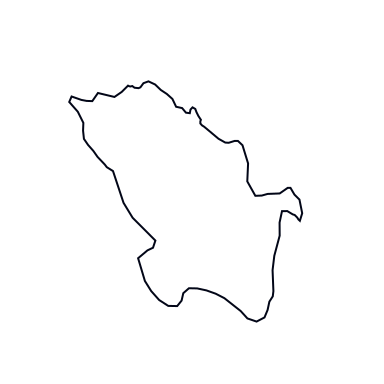 Enugu, Equal Earth projection, rotated 148°
{"feature_id": "NGA-2862", "entity_name": "Enugu", "entity_type": "State", "adm_level": 1, "iso_a3": "NGA", "parent_name": "Nigeria", "parent_adm1": "", "projection": "equal_earth", "projection_center": [7.353, 6.518], "detail": "fine", "context": "isolated", "style": "outline", "palette": "ink", "viewbox_px": 384, "rotation_deg": 148, "n_neighbors": 0, "source": "natural_earth", "source_scale": "10m", "svg_char_len": 1353}
<svg xmlns="http://www.w3.org/2000/svg" viewBox="0 0 384 384"><g transform="rotate(148 192 192)"><path d="M212.0,55.4L213.8,65.3L220.8,84.8L225.8,93.2L231.9,100.9L238.7,107.5L245.6,112.0L253.0,110.8L258.4,105.4L265.0,103.1L272.5,108.0L277.1,117.8L279.1,129.6L279.1,141.5L272.8,164.4L260.7,166.1L254.6,165.4L248.8,170.2L256.0,201.6L255.8,219.1L247.9,251.6L251.1,258.2L251.4,261.5L253.5,271.8L253.9,279.2L255.2,287.0L255.5,294.3L251.9,301.7L247.5,308.2L246.3,320.6L248.4,333.4L243.5,336.8L237.0,328.7L233.1,325.1L228.4,321.9L219.3,325.8L207.4,313.7L198.6,314.1L189.9,316.1L189.4,315.2L188.3,314.1L186.5,313.5L185.5,310.9L182.3,308.4L180.3,308.1L175.5,310.0L170.3,308.9L166.3,302.7L164.4,295.1L161.4,288.5L159.3,281.3L160.3,272.7L155.9,268.4L155.1,262.5L152.1,260.0L149.6,262.7L146.7,263.5L145.2,260.7L145.9,257.3L146.3,253.1L146.2,248.5L147.4,247.6L148.6,245.7L148.2,243.2L147.1,240.9L141.3,223.1L137.6,216.3L134.8,214.3L128.7,212.7L126.0,211.0L124.4,204.9L129.3,186.5L139.5,171.7L140.3,155.2L134.7,152.0L128.9,150.3L118.4,144.3L108.7,144.8L106.3,143.3L106.5,135.5L104.9,128.6L109.8,115.6L115.8,110.4L116.3,112.4L116.3,114.6L117.1,118.1L118.4,119.6L121.3,125.3L125.8,128.1L133.9,119.7L140.8,108.5L156.0,94.3L165.1,83.0L175.5,64.8L178.8,60.7L184.5,58.0L190.4,51.9L197.0,47.2L205.9,47.9L212.0,55.4Z" fill="none" stroke="#020617" stroke-width="2"/></g></svg>